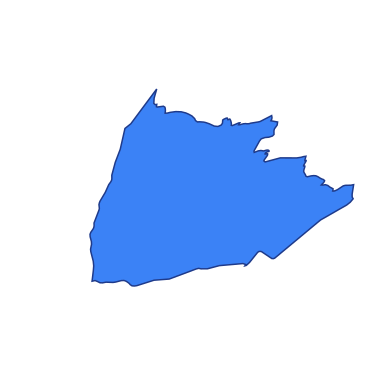 SVG path tracing the border of North Karelia, rotated 143°
{"feature_id": "FIN-3190", "entity_name": "North Karelia", "entity_type": "Province", "adm_level": 1, "iso_a3": "FIN", "parent_name": "Finland", "parent_adm1": "", "projection": "equal_earth", "projection_center": [29.553, 62.804], "detail": "fine", "context": "isolated", "style": "filled", "palette": "blue", "viewbox_px": 384, "rotation_deg": 143, "n_neighbors": 0, "source": "natural_earth", "source_scale": "10m", "svg_char_len": 2733}
<svg xmlns="http://www.w3.org/2000/svg" viewBox="0 0 384 384"><g transform="rotate(143 192 192)"><path d="M194.1,101.2L192.7,101.7L194.4,104.2L214.4,116.7L225.9,121.4L231.0,125.2L232.6,127.0L234.9,128.0L262.6,136.2L275.4,144.4L292.4,150.4L294.6,151.6L296.4,153.2L297.1,155.2L297.2,156.9L297.8,159.0L298.6,160.9L299.6,162.3L301.8,163.8L307.1,166.0L309.5,167.3L314.9,171.7L316.9,172.7L318.0,173.2L320.1,174.9L321.3,177.3L322.7,179.6L325.5,180.9L318.2,188.5L315.0,192.1L312.5,196.2L308.7,205.3L307.4,207.4L303.7,210.7L302.2,212.9L300.3,217.5L298.9,219.6L297.1,220.7L292.7,222.2L291.4,223.1L290.4,224.1L288.9,226.2L277.1,233.6L275.9,234.6L273.9,237.9L272.5,239.1L271.0,240.0L261.5,243.9L254.0,248.0L250.8,249.0L249.3,249.7L248.2,250.6L245.9,253.7L235.4,261.9L223.6,269.3L207.3,283.1L207.2,283.1L199.8,283.3L158.2,295.5L165.8,289.7L169.2,285.7L168.8,283.9L167.4,283.2L169.1,281.5L168.5,280.7L163.2,277.7L162.6,276.0L163.1,274.8L164.1,273.2L166.0,271.1L164.1,269.8L161.6,268.8L156.6,266.0L152.3,262.5L149.4,258.9L147.9,256.3L146.3,252.8L145.7,249.0L146.2,247.0L145.5,244.7L143.8,243.6L140.7,240.9L139.4,239.4L137.2,236.2L134.5,231.2L131.8,228.7L128.4,227.9L126.3,228.6L124.5,230.6L124.2,231.0L122.9,231.0L120.2,230.4L119.4,229.9L119.5,229.7L119.9,228.2L119.7,228.0L118.7,227.9L118.2,227.7L117.9,227.5L118.0,226.3L118.3,225.3L119.0,223.6L119.9,222.2L120.5,221.6L119.9,220.8L113.0,219.0L112.2,218.5L114.3,217.6L113.5,217.0L110.0,215.6L107.9,214.3L107.2,213.5L105.3,212.2L103.8,211.7L96.6,207.9L95.1,207.3L82.4,205.1L83.2,203.5L84.2,202.4L84.8,202.0L86.1,201.4L81.5,196.4L83.7,194.2L88.2,192.8L89.7,191.6L91.9,188.6L94.1,188.3L97.6,189.5L101.0,191.6L104.7,192.8L107.4,192.1L117.9,187.4L118.5,186.2L114.4,185.0L112.0,183.7L110.1,181.7L107.5,180.7L106.1,179.8L105.6,178.8L106.1,178.1L106.7,178.4L108.1,178.9L109.5,179.0L110.3,178.8L110.7,178.3L110.3,178.1L109.0,177.3L108.6,177.1L109.2,176.2L110.2,175.7L114.9,174.2L115.9,173.7L115.5,172.0L100.9,166.1L87.9,156.2L84.0,154.1L81.5,153.1L79.5,152.0L82.8,149.4L83.0,148.8L82.0,148.4L82.4,148.0L86.8,146.1L87.2,145.6L87.0,145.4L86.3,144.9L86.6,144.3L89.4,142.3L90.4,141.2L90.8,140.0L91.0,137.8L91.2,137.0L91.5,136.1L90.8,134.8L87.2,133.2L85.0,131.9L83.3,130.4L82.2,128.4L81.4,126.2L80.4,124.1L79.7,123.2L79.2,121.4L80.0,120.7L81.7,120.2L83.5,120.0L84.5,119.8L83.2,118.7L81.1,117.6L79.6,115.5L78.9,112.9L77.4,109.7L78.7,108.3L79.0,108.1L78.0,107.3L76.7,106.8L74.2,106.3L67.6,105.9L65.6,105.1L61.0,101.8L58.5,100.6L65.4,93.9L66.6,92.3L67.2,91.3L67.3,89.9L67.4,89.6L71.8,88.6L76.2,88.5L106.2,92.3L165.8,89.4L167.1,89.8L168.3,90.8L172.4,102.6L173.0,103.3L174.3,104.2L174.9,104.3L176.3,104.2L188.5,101.1L192.8,100.7L194.1,101.2L194.1,101.2Z" fill="#3b82f6" stroke="#1e3a8a" stroke-width="1.5"/></g></svg>